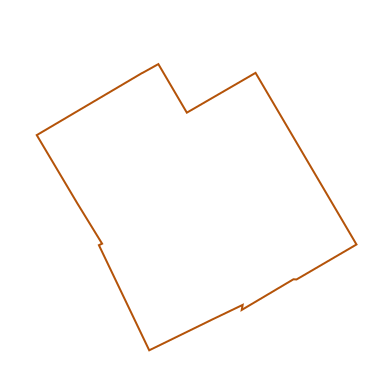 the district of Shelby, Ohio, United States of America, rotated 60°
{"feature_id": "52423323B28276778913523", "entity_name": "Shelby", "entity_type": "district", "adm_level": 2, "iso_a3": "USA", "parent_name": "United States of America", "parent_adm1": "Ohio", "projection": "equal_earth", "projection_center": [-84.19, 40.334], "detail": "fine", "context": "isolated", "style": "outline", "palette": "amber", "viewbox_px": 384, "rotation_deg": 60, "n_neighbors": 0, "source": "geoboundaries", "source_scale": "gbopen_adm2", "svg_char_len": 363}
<svg xmlns="http://www.w3.org/2000/svg" viewBox="0 0 384 384"><g transform="rotate(60 192 192)"><path d="M307.7,308.2L312.5,238.6L315.1,204.6L319.0,207.9L318.3,147.8L320.0,145.2L319.7,75.8L120.6,77.4L120.7,156.8L64.4,157.2L64.1,175.6L64.0,175.8L65.1,298.0L144.3,297.0L191.8,295.7L191.5,299.2L307.7,308.2Z" fill="none" stroke="#b45309" stroke-width="2"/></g></svg>